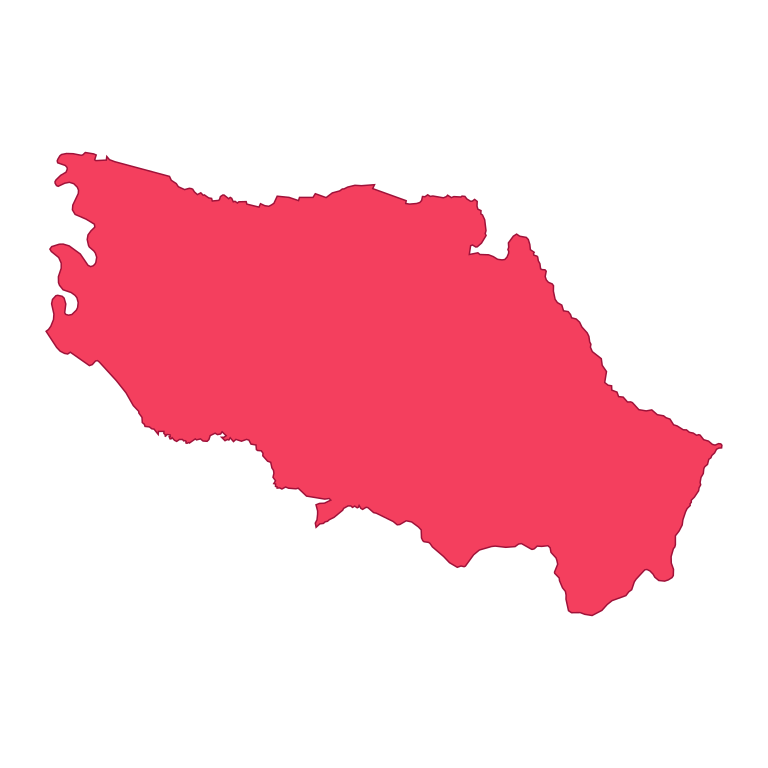 San Pedro, Valle del Cauca, Colombia
{"feature_id": "7082276B32366816455434", "entity_name": "San Pedro", "entity_type": "district", "adm_level": 2, "iso_a3": "COL", "parent_name": "Colombia", "parent_adm1": "Valle del Cauca", "projection": "orthographic", "projection_center": [-76.202, 3.977], "detail": "fine", "context": "isolated", "style": "filled", "palette": "rose", "viewbox_px": 768, "rotation_deg": 0, "n_neighbors": 0, "source": "geoboundaries", "source_scale": "gbopen_adm2", "svg_char_len": 6037}
<svg xmlns="http://www.w3.org/2000/svg" viewBox="0 0 768 768"><path d="M721.6,447.9L721.9,445.2L720.8,443.9L718.6,443.6L715.1,445.1L712.4,444.4L708.5,441.1L703.7,439.7L700.1,435.1L698.7,434.7L696.6,435.3L693.3,433.1L689.4,432.3L686.5,429.9L683.3,429.8L677.1,425.9L673.6,424.8L670.0,419.1L666.0,417.7L663.6,415.8L657.3,414.7L651.8,409.9L646.2,410.9L638.9,409.7L632.4,402.6L630.7,401.9L627.5,402.0L623.2,397.1L618.6,396.6L617.0,392.1L611.8,390.1L611.6,385.8L608.1,385.2L604.7,382.5L606.5,371.6L602.2,365.3L601.3,358.7L592.3,351.6L590.4,347.2L590.9,344.2L589.7,342.0L588.9,336.4L587.2,332.9L581.9,327.0L579.6,322.2L576.2,319.0L571.6,317.8L570.5,314.5L568.2,311.6L563.5,310.8L561.8,305.1L557.4,302.6L555.1,299.3L553.4,291.2L553.5,285.7L552.2,283.9L548.4,282.3L546.3,279.9L545.2,276.6L546.2,271.2L545.0,269.8L542.0,269.6L540.6,268.8L539.9,263.7L538.3,260.8L537.7,257.0L536.9,256.1L533.9,255.2L533.5,253.6L534.2,252.3L530.4,249.7L529.8,244.4L528.3,239.5L526.3,237.4L519.7,236.2L516.6,234.1L513.3,236.2L508.4,242.9L508.7,247.2L507.9,249.7L508.7,251.2L508.6,253.3L507.0,257.1L504.8,259.5L502.0,259.9L497.6,259.3L493.3,256.6L488.6,254.8L479.9,254.5L477.9,252.8L469.3,254.5L470.6,245.7L472.5,245.0L475.8,247.0L477.3,246.8L481.5,243.1L486.1,235.5L485.2,233.6L486.0,230.7L484.7,219.8L482.5,215.0L480.8,213.8L481.0,210.6L477.9,209.2L477.0,206.1L477.2,201.4L474.6,199.4L472.4,201.1L470.7,201.3L466.9,199.0L464.9,196.4L462.0,196.1L460.9,197.0L453.8,196.6L451.4,197.6L447.6,195.2L446.4,196.6L443.4,197.8L432.9,196.0L430.2,196.4L427.7,194.8L425.0,196.7L422.5,196.5L421.6,200.5L419.8,202.5L416.6,203.5L409.5,204.1L405.7,203.5L406.2,200.7L372.7,188.6L374.5,184.7L361.4,185.7L354.9,185.3L347.6,187.1L344.0,188.9L342.3,189.0L339.7,190.9L332.3,192.9L326.1,197.6L315.3,193.7L313.0,197.4L299.5,197.4L298.5,200.6L289.1,197.4L277.2,196.2L273.9,203.3L271.5,204.9L268.8,206.3L264.8,205.7L260.5,203.7L259.0,207.1L246.8,204.1L246.2,201.6L238.8,201.8L237.4,203.0L235.0,201.3L233.3,201.8L231.7,198.3L230.2,197.4L228.7,198.7L224.0,195.0L222.8,195.0L220.4,196.6L219.5,199.6L218.5,200.4L212.3,201.0L211.6,198.4L208.7,197.9L204.4,194.9L203.2,195.3L200.8,192.8L197.4,194.6L194.4,191.9L192.7,189.2L191.3,188.6L189.3,188.3L184.6,189.6L178.3,186.7L176.3,183.6L171.3,180.3L169.5,176.4L114.8,161.7L109.5,159.7L106.8,156.5L106.3,160.1L95.8,160.6L94.7,159.8L96.2,155.0L93.7,153.9L85.3,152.5L82.9,154.8L81.3,155.3L73.1,153.7L66.5,153.5L61.5,154.5L59.9,155.8L57.9,159.1L57.2,160.9L57.7,162.8L65.3,165.5L67.0,167.4L67.3,169.0L66.0,172.2L60.7,175.3L56.0,179.9L55.0,181.7L55.1,183.2L56.5,185.6L58.2,186.3L64.8,183.2L69.4,182.3L73.8,183.7L77.3,187.2L78.5,190.2L78.3,193.5L72.8,205.1L72.4,209.8L75.1,214.4L86.2,219.2L94.4,224.2L94.8,227.1L91.0,230.8L88.0,234.9L87.2,239.5L88.5,245.4L89.3,247.0L93.9,251.0L95.3,253.0L96.7,257.2L95.8,262.6L94.7,264.4L93.0,265.9L90.6,266.6L88.0,265.3L80.3,254.0L69.2,245.9L63.2,244.1L59.3,244.2L51.7,246.6L49.9,249.1L51.3,251.5L58.7,257.5L61.2,263.1L61.2,268.3L58.4,276.7L58.5,282.6L59.5,285.3L63.1,289.8L71.1,292.5L75.0,295.3L76.9,297.7L78.2,302.6L77.6,307.6L76.3,310.2L71.9,314.5L68.4,315.2L65.6,314.3L64.7,312.7L65.8,304.0L64.1,298.1L62.2,296.3L57.7,295.3L55.9,295.7L52.5,299.4L51.6,303.8L53.9,314.1L53.5,319.6L50.8,326.3L48.5,329.5L46.1,331.3L56.7,347.5L60.2,351.2L64.5,353.4L67.7,354.0L70.3,352.2L89.4,365.6L92.3,364.6L95.5,361.0L97.5,360.6L99.3,362.0L116.4,380.7L126.0,392.8L133.3,405.6L138.7,411.3L138.9,413.1L142.0,417.4L142.3,422.6L144.4,424.4L145.0,426.4L149.4,426.9L151.8,428.8L154.0,429.1L158.2,434.4L158.5,431.4L163.9,431.4L163.9,433.5L165.6,435.0L165.1,435.9L165.6,436.2L166.9,434.5L170.1,434.9L170.2,436.6L169.2,436.8L170.1,438.9L171.2,438.8L172.1,437.7L174.5,440.3L176.7,441.4L179.4,439.5L182.5,439.5L183.7,440.9L184.9,440.6L186.1,441.3L185.9,442.9L186.9,443.3L188.9,442.5L189.5,443.0L195.3,438.9L196.5,439.9L200.5,438.9L203.0,441.0L207.1,441.3L208.9,439.6L210.2,435.6L215.1,433.2L217.5,434.6L220.6,434.0L222.1,431.8L226.2,435.7L223.9,437.3L221.6,437.3L225.0,440.7L227.3,439.5L228.9,440.0L230.2,437.8L233.5,441.6L235.9,439.4L241.5,441.2L246.5,439.4L248.9,440.1L251.0,444.1L256.0,445.0L256.4,449.6L257.6,450.5L261.3,450.8L263.0,453.3L262.8,455.8L267.6,461.2L270.7,462.3L271.9,467.9L273.5,470.4L273.9,473.3L273.0,477.3L275.5,480.8L273.8,483.6L275.6,484.0L275.5,486.4L277.0,486.8L277.1,488.1L279.7,487.9L281.9,489.0L285.6,487.0L288.5,488.2L295.9,488.8L298.2,488.2L306.5,496.1L324.8,499.1L329.2,498.5L330.8,500.1L324.4,503.2L319.5,503.4L316.0,504.8L317.6,510.9L317.6,514.2L317.0,519.8L315.3,523.1L316.1,527.3L319.8,523.9L323.4,523.4L325.2,521.8L327.5,521.3L329.3,519.7L334.1,517.3L342.7,510.2L343.6,508.4L348.1,505.9L350.8,505.9L352.5,507.4L354.7,506.1L357.2,507.8L358.3,507.3L359.1,505.5L360.8,508.3L362.6,509.4L366.1,507.3L367.9,507.6L373.6,512.6L376.3,513.2L393.2,521.5L397.2,524.8L399.8,524.5L406.2,520.8L411.6,521.9L418.5,527.0L421.2,529.9L421.5,537.9L422.8,540.7L424.0,541.7L428.6,542.4L430.0,543.4L432.4,546.9L443.6,556.5L449.5,562.7L457.3,567.3L461.0,566.0L464.1,566.7L465.4,566.1L473.6,554.8L479.4,550.0L491.6,546.5L495.2,546.1L505.8,547.3L515.1,546.6L518.6,544.0L521.5,543.6L531.6,549.3L532.7,549.3L534.3,548.8L537.2,546.1L541.7,546.4L547.9,545.7L550.1,547.7L551.0,552.4L556.0,557.9L556.8,560.1L557.7,564.2L554.5,572.1L554.7,573.3L559.2,578.0L559.5,580.7L562.5,587.8L565.4,591.4L566.1,595.1L566.0,599.2L568.5,610.7L571.5,612.7L580.3,612.6L584.7,614.3L592.1,615.5L601.9,610.4L607.2,604.5L612.1,600.6L625.9,595.6L628.8,591.8L631.7,589.7L634.3,581.9L636.1,579.2L644.8,569.8L647.0,569.5L649.9,570.9L653.1,574.2L654.8,577.2L658.8,580.5L664.7,581.1L668.3,579.9L672.0,577.6L673.3,575.6L673.5,569.3L671.3,563.1L671.1,556.7L673.4,548.7L674.8,547.0L675.4,544.7L675.4,535.8L679.1,531.0L682.2,525.0L682.9,519.8L685.6,511.7L687.1,508.6L690.2,505.5L690.0,503.9L691.3,502.3L691.3,500.2L694.4,497.1L698.6,490.8L699.1,487.7L700.7,484.8L700.1,482.5L701.0,477.4L703.3,473.5L703.8,468.7L704.7,466.8L707.5,464.4L708.8,459.3L710.9,457.8L711.8,455.5L714.6,452.9L716.5,449.3L718.8,448.1L721.6,447.9Z" fill="#f43f5e" stroke="#9f1239" stroke-width="1.5"/></svg>